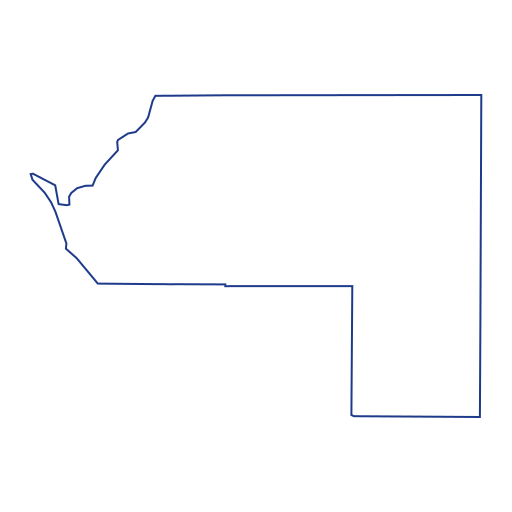 Manatee, Florida, United States of America
{"feature_id": "52423323B9469904891992", "entity_name": "Manatee", "entity_type": "district", "adm_level": 2, "iso_a3": "USA", "parent_name": "United States of America", "parent_adm1": "Florida", "projection": "mercator", "projection_center": [-82.543, 27.427], "detail": "fine", "context": "isolated", "style": "outline", "palette": "blue", "viewbox_px": 512, "rotation_deg": 0, "n_neighbors": 0, "source": "geoboundaries", "source_scale": "gbopen_adm2", "svg_char_len": 715}
<svg xmlns="http://www.w3.org/2000/svg" viewBox="0 0 512 512"><path d="M480.4,321.3L481.3,95.0L221.0,95.3L174.7,95.7L155.4,95.8L152.7,100.7L148.1,117.5L144.9,122.6L135.7,132.0L128.0,133.5L118.1,139.9L117.4,141.4L117.2,141.7L117.9,150.3L104.8,164.5L95.7,178.0L92.6,185.6L85.3,185.8L77.1,188.2L71.2,193.0L69.1,196.7L69.4,204.6L66.8,205.2L58.6,204.1L55.2,185.3L32.9,173.7L30.7,174.1L32.5,179.8L44.6,192.6L51.1,202.3L55.4,211.7L66.4,243.5L65.9,248.7L76.7,258.2L97.8,283.6L152.2,284.1L161.9,284.1L162.4,284.1L170.3,284.3L176.5,284.2L224.1,284.4L225.3,284.4L225.3,286.2L226.1,286.2L227.0,286.2L232.4,286.1L352.3,286.1L351.4,415.0L353.9,416.2L479.9,417.0L480.4,321.3Z" fill="none" stroke="#1e3a8a" stroke-width="2"/></svg>